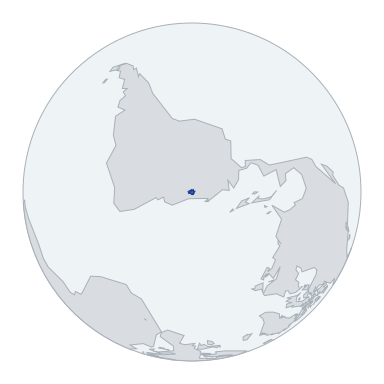 Potaro-Siparuni on an orthographic globe, rotated 142°
{"feature_id": "GUY-672", "entity_name": "Potaro-Siparuni", "entity_type": "Region", "adm_level": 1, "iso_a3": "GUY", "parent_name": "Guyana", "parent_adm1": "", "projection": "orthographic", "projection_center": [-59.388, 4.854], "detail": "fine", "context": "on_globe", "style": "filled", "palette": "blue", "viewbox_px": 384, "rotation_deg": 142, "n_neighbors": 0, "source": "natural_earth", "source_scale": "10m", "svg_char_len": 8483}
<svg xmlns="http://www.w3.org/2000/svg" viewBox="0 0 384 384"><g transform="rotate(142 192 192)"><circle cx="192" cy="192" r="169" fill="#eef3f6" stroke="#a8b0b8"/><path d="M104.3,47.6L105.6,46.8L120.0,39.2L135.0,32.9L138.4,31.9L132.7,36.1L139.4,35.0L142.6,40.2L145.7,38.6L148.9,40.3L153.8,39.4L153.0,41.1L157.5,38.9L157.3,37.6L159.2,36.3L162.0,35.8L161.5,37.7L160.1,38.3L161.4,38.6L159.9,39.9L162.2,38.9L161.3,41.7L166.4,38.3L169.1,40.0L167.4,42.1L162.1,42.6L145.0,50.6L141.6,53.8L142.1,57.2L154.5,61.4L153.0,64.9L154.9,69.2L158.2,66.5L157.9,62.4L164.5,59.1L163.3,55.0L165.8,53.2L166.8,49.2L172.5,49.1L177.5,51.5L177.0,55.0L179.2,56.4L184.4,52.8L188.1,59.8L198.4,65.6L198.7,67.8L190.8,71.7L178.8,71.7L168.5,78.8L181.1,73.8L181.6,80.3L184.2,81.4L187.6,81.1L189.7,78.6L191.1,81.0L179.2,86.3L177.8,84.2L181.6,82.4L175.9,82.7L167.9,87.2L168.8,90.6L155.8,95.5L156.2,98.2L153.7,101.1L153.8,96.3L153.3,105.3L138.1,115.5L137.2,132.4L131.7,119.3L125.8,117.8L118.5,118.1L118.2,120.8L109.0,118.8L99.7,124.6L94.8,138.1L96.8,148.5L107.2,149.0L111.0,143.1L119.0,142.0L111.9,157.9L125.6,160.3L123.5,172.4L127.3,178.7L134.5,177.1L141.9,180.2L147.6,173.2L156.7,169.4L156.4,179.2L161.7,170.3L166.6,175.1L184.8,174.7L183.3,177.0L198.6,188.7L215.7,193.8L219.6,201.0L217.5,205.5L223.6,206.7L223.7,209.7L248.1,213.9L260.8,221.0L260.6,231.2L250.2,243.1L241.6,267.5L223.2,275.5L219.0,285.1L205.6,298.8L194.4,297.8L198.1,304.5L192.4,308.5L185.2,308.7L184.5,313.3L179.3,313.3L183.2,316.4L175.7,322.1L179.0,326.9L173.9,331.3L176.3,333.9L173.9,333.8L171.8,334.7L171.9,336.2L164.3,333.6L160.8,327.5L162.7,324.4L159.5,323.8L163.2,315.8L160.3,317.4L159.0,304.7L162.2,294.1L162.3,262.1L158.3,255.6L145.2,247.8L129.4,223.2L133.2,213.2L130.0,208.4L140.6,194.3L138.1,181.0L134.4,179.1L130.6,184.0L118.3,175.6L114.5,165.6L80.3,148.9L77.5,143.9L78.7,135.9L73.8,110.2L72.9,134.2L69.8,129.4L68.5,120.8L70.8,118.7L72.0,106.6L70.1,102.0L75.2,87.7L89.7,70.5L89.3,73.1L92.8,69.1L93.5,65.9L93.0,64.9L105.9,51.0L109.9,45.2L105.4,47.2L110.8,44.2L101.2,49.5L104.3,47.6ZM135.7,138.2L151.5,146.6L141.9,147.6L143.9,146.0L140.0,142.6L132.6,139.4L124.3,141.2L135.7,138.2ZM144.2,128.8L141.4,128.1L144.3,128.1L144.2,128.8ZM92.3,64.8L93.1,66.1L91.3,70.0L90.2,69.1L92.3,64.8ZM96.3,58.4L97.6,58.1L93.6,61.7L94.1,60.8L96.3,58.4ZM101.5,49.4L101.5,49.5L100.3,50.1L101.5,49.4ZM163.6,49.6L165.2,49.4L164.2,50.2L163.6,49.6ZM162.6,48.1L160.3,49.2L159.5,48.7L160.9,48.1L162.6,48.1ZM165.5,47.0L158.3,47.7L156.9,46.9L161.0,43.8L165.5,47.0ZM156.0,37.4L156.4,38.8L153.5,38.2L156.0,37.4ZM153.7,37.4L142.0,38.4L142.9,36.4L146.6,36.3L145.7,34.6L151.9,33.0L153.8,33.7L152.0,35.2L155.7,33.6L153.7,37.4ZM159.8,35.8L157.3,36.0L157.9,34.2L162.9,33.5L161.1,34.3L159.8,35.8ZM142.4,35.0L143.8,33.8L149.1,32.2L150.4,31.5L152.1,32.9L142.4,35.0ZM162.4,34.4L165.4,33.3L167.7,33.7L162.2,35.5L162.4,34.4ZM156.0,34.2L156.5,33.4L157.8,33.5L156.0,34.2ZM177.5,35.2L174.6,35.1L174.7,34.2L177.5,35.2ZM166.4,32.8L165.6,32.7L165.3,32.4L167.7,31.8L166.4,32.8ZM155.8,31.8L157.7,31.5L155.3,31.1L159.2,30.2L159.7,31.3L161.1,30.5L162.3,30.2L161.4,31.5L155.8,31.8ZM169.2,30.4L171.1,32.0L176.6,32.1L176.6,32.9L167.9,32.6L169.2,30.4ZM164.7,30.9L167.5,30.7L166.2,31.6L163.5,32.3L164.7,30.9ZM161.7,29.2L155.6,30.3L155.7,30.1L161.7,29.2ZM171.1,30.2L170.5,29.8L171.6,30.1L171.1,30.2ZM164.9,29.2L162.7,29.6L162.9,29.3L164.9,29.2ZM171.4,28.9L172.0,29.4L170.1,29.8L171.4,28.9ZM168.6,28.9L169.4,28.4L169.1,29.7L167.6,29.1L168.6,28.9ZM165.4,28.9L164.8,28.8L166.3,28.8L165.4,28.9ZM178.0,27.4L178.1,28.9L174.0,29.7L174.5,28.1L178.0,27.4ZM177.5,338.9L165.1,334.5L171.9,336.5L175.5,334.4L182.4,337.6L177.5,338.9ZM188.7,333.2L193.6,332.0L195.0,332.7L192.0,333.8L188.7,333.2ZM327.2,90.6L327.4,92.1L322.1,85.9L317.4,78.8L317.2,78.6L327.2,90.6ZM307.9,69.1L308.5,69.6L309.5,70.6L311.4,72.4L312.6,73.7L310.7,72.0L309.1,70.3L308.1,69.7L316.3,78.6L319.3,81.8L319.7,84.7L324.9,90.4L326.6,93.7L318.5,85.3L315.8,82.0L304.5,74.4L307.4,78.0L318.2,85.7L316.9,85.4L320.9,91.2L316.8,86.5L304.2,78.1L301.5,81.8L306.0,97.7L302.7,100.0L296.3,98.3L286.6,83.8L295.0,80.5L291.7,76.1L283.1,71.0L286.4,70.7L284.0,68.4L286.5,67.3L283.3,61.1L284.8,59.9L277.0,53.5L276.8,52.3L281.4,56.2L285.5,58.6L288.5,56.6L287.2,55.1L281.9,51.4L283.4,51.6L277.9,48.3L276.4,46.3L273.6,46.3L267.3,42.8L262.8,39.8L260.2,38.9L267.5,43.8L270.8,45.9L274.5,47.5L283.1,54.3L283.5,56.0L272.5,49.5L271.8,51.5L263.6,46.3L249.1,35.0L246.4,32.8L255.7,35.5L260.1,37.4L258.9,37.2L266.0,40.2L262.6,38.6L263.8,39.1L258.9,36.9L272.2,43.3L284.8,50.8L296.7,59.4L307.9,69.1ZM340.2,110.8L338.5,107.8L340.4,111.2L345.8,122.0L350.4,133.2L354.2,144.7L357.2,156.4L359.3,168.3L360.6,180.4L361.0,192.5L360.5,204.6L359.2,216.6L357.0,228.5L353.9,240.2L350.1,251.7L345.4,262.9L339.9,273.7L333.7,284.0L331.7,287.0L328.7,289.0L332.5,283.0L337.0,272.0L345.1,244.8L350.0,231.2L351.5,221.3L348.8,200.6L349.7,188.0L348.0,183.4L345.1,185.4L342.6,179.9L340.4,180.3L323.7,188.1L316.0,181.4L300.8,159.5L302.0,149.6L297.7,139.0L302.2,100.5L308.1,101.4L317.3,94.0L319.4,94.7L323.7,102.5L335.0,109.6L332.2,102.6L337.0,106.0L336.7,104.7L340.2,110.8ZM306.6,118.7L307.8,121.8L306.6,118.7ZM185.4,174.6L187.5,176.5L184.6,176.6L185.4,174.6ZM140.3,151.5L143.8,151.8L145.5,153.3L142.7,153.8L140.3,151.5ZM170.5,152.0L174.7,152.8L170.2,153.6L170.5,152.0ZM154.1,147.7L167.1,151.7L158.5,154.4L150.3,152.1L156.1,151.3L154.1,147.7ZM141.9,134.3L144.0,135.0L143.2,136.7L141.9,134.3ZM146.3,128.8L145.4,129.0L144.5,127.5L146.3,128.8ZM182.3,79.9L183.3,79.6L186.7,79.8L184.9,80.9L182.3,79.9ZM202.9,75.3L204.8,79.3L202.2,77.0L200.0,78.9L191.9,76.7L198.4,68.9L196.9,72.6L202.9,75.3ZM182.9,72.3L187.3,74.1L182.3,72.5L182.9,72.3ZM267.9,58.9L271.0,59.8L273.3,62.4L271.3,65.4L268.0,61.5L267.9,58.9ZM274.8,60.5L264.4,54.0L265.2,52.4L266.5,54.3L268.1,53.8L270.6,56.9L281.5,62.2L284.3,65.0L279.1,68.2L279.3,65.4L276.3,64.5L274.8,60.5ZM236.5,45.1L232.1,43.5L239.6,41.7L242.9,43.5L241.2,46.2L236.2,45.8L236.5,45.1ZM174.3,41.8L172.1,42.2L172.3,41.6L174.2,40.7L174.3,41.8ZM176.2,35.2L184.1,39.7L182.0,40.2L189.1,42.8L186.4,45.4L181.8,43.6L185.0,47.9L179.8,47.3L182.6,50.1L172.8,45.7L168.2,45.8L174.3,44.6L177.0,42.1L176.8,41.0L172.8,38.2L164.3,37.6L165.6,35.4L168.8,34.1L171.0,33.9L169.5,35.3L173.6,34.1L173.0,35.9L176.2,35.2ZM205.3,26.4L202.6,26.9L210.8,27.1L210.3,28.0L211.3,28.0L213.0,29.0L216.9,30.4L215.9,30.8L217.9,31.2L219.1,32.1L221.4,32.9L220.4,34.1L223.2,35.2L221.1,35.2L226.2,36.9L222.0,36.2L223.2,37.6L226.6,37.5L215.5,44.5L214.1,48.7L215.2,52.9L207.9,51.8L202.1,47.5L198.2,42.3L200.6,38.7L196.8,39.2L196.9,37.7L199.8,37.9L195.3,36.7L196.1,35.6L192.6,32.6L185.6,32.0L184.1,31.1L187.3,30.8L183.6,30.2L188.6,29.1L187.6,28.6L191.6,27.3L198.3,27.4L196.7,26.8L199.7,26.1L205.3,26.4ZM179.3,27.0L187.4,26.5L191.1,26.9L182.6,29.1L182.7,29.7L177.4,31.7L172.2,31.2L174.2,30.6L174.9,30.0L176.3,30.4L175.7,29.6L178.4,28.9L178.8,28.2L181.3,28.2L179.3,27.0ZM318.4,91.5L319.4,91.5L320.1,90.7L322.7,94.6L318.4,91.5ZM309.9,85.8L310.3,85.0L314.3,89.6L313.3,89.8L309.9,85.8ZM307.2,80.9L310.1,84.6L307.9,82.8L307.2,80.9ZM281.5,55.5L281.5,54.7L282.8,55.6L284.3,57.0L281.5,55.5ZM229.5,28.8L227.3,28.6L226.5,28.3L220.5,27.3L220.4,26.8L224.0,27.2L229.5,28.8ZM329.6,94.0L331.0,96.0L330.2,94.9L329.6,94.0L329.1,93.3L329.6,94.0ZM328.2,95.1L330.0,96.3L328.9,96.2L328.2,95.1ZM228.4,28.1L225.9,27.7L227.4,27.7L228.4,28.1ZM220.0,26.4L221.1,26.3L219.7,26.6L220.0,26.4ZM217.5,25.0L220.0,25.5L218.8,25.3L217.5,25.0Z" fill="#d9dde1" stroke="#a8b0b8" stroke-width="1"/><path d="M189.9,193.0L189.7,193.0L189.7,192.9L189.8,192.8L189.9,192.7L190.0,192.7L190.1,192.4L190.1,192.2L190.1,191.9L190.2,191.7L190.3,191.4L190.2,191.3L190.0,191.2L189.9,191.1L190.0,191.1L190.2,190.9L190.3,190.7L190.6,190.4L190.8,190.4L191.2,190.4L191.3,190.4L191.5,190.4L191.4,190.1L191.4,189.9L191.5,189.9L191.9,189.8L192.0,189.8L192.2,189.7L192.3,189.6L192.5,189.5L192.7,189.8L192.8,189.8L192.8,190.0L193.0,190.1L193.3,190.2L193.5,190.2L193.6,190.3L193.5,190.5L193.6,190.8L193.7,191.1L193.6,191.5L193.7,191.8L193.7,192.3L193.8,192.3L194.0,192.3L194.1,192.5L194.3,192.6L194.5,192.7L195.0,192.7L195.2,192.8L195.0,193.2L194.9,193.4L194.8,193.7L194.8,193.8L194.7,193.7L194.4,193.7L194.3,193.8L194.2,193.8L194.1,194.0L193.7,194.3L193.6,194.5L193.4,194.5L193.1,194.2L192.9,194.0L192.7,194.0L192.4,194.1L192.0,194.1L191.9,194.0L191.8,193.9L191.7,193.9L191.8,193.8L191.8,193.7L191.8,193.4L191.8,193.2L191.7,193.0L191.4,193.4L191.2,193.4L190.8,193.2L190.7,193.2L190.4,193.1L190.2,193.1L189.9,193.0L189.9,193.0Z" fill="#3b82f6" stroke="#1e3a8a" stroke-width="1.5"/></g></svg>